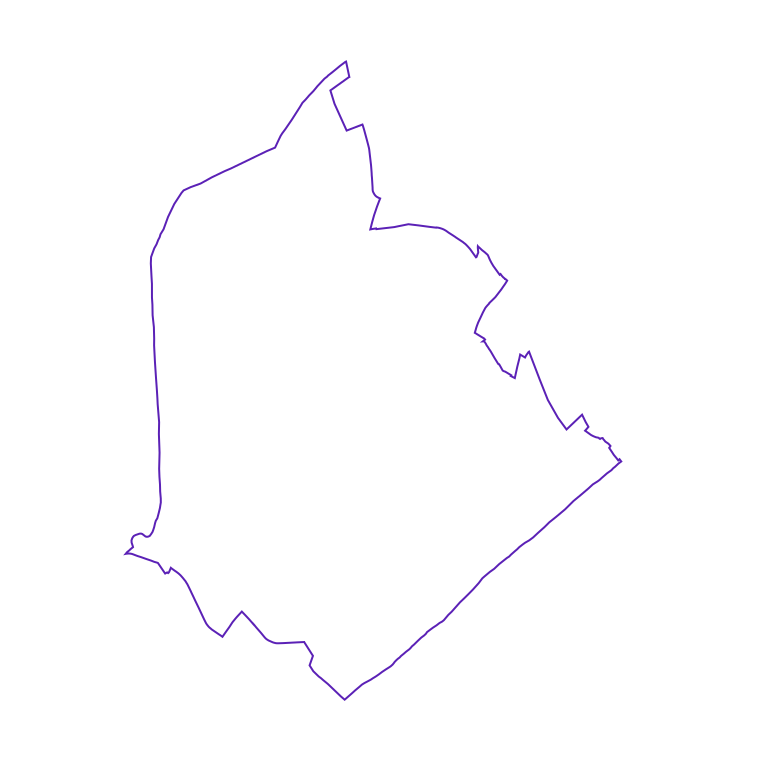 Khan Yunis, Gaza Strip, Palestine, rotated 185°
{"feature_id": "87354302B21422506618890", "entity_name": "Khan Yunis", "entity_type": "district", "adm_level": 2, "iso_a3": "PSE", "parent_name": "Palestine", "parent_adm1": "Gaza Strip", "projection": "robinson", "projection_center": [34.31, 31.33], "detail": "fine", "context": "isolated", "style": "outline", "palette": "violet", "viewbox_px": 768, "rotation_deg": 185, "n_neighbors": 0, "source": "geoboundaries", "source_scale": "gbopen_adm2", "svg_char_len": 6094}
<svg xmlns="http://www.w3.org/2000/svg" viewBox="0 0 768 768"><g transform="rotate(185 384 384)"><path d="M449.9,701.9L450.6,701.5L455.6,697.0L462.1,690.6L466.6,686.4L467.4,685.3L469.9,683.0L476.2,675.0L479.9,669.6L483.6,665.1L486.9,660.5L489.7,657.1L491.8,652.8L498.9,639.2L502.0,633.7L504.6,629.1L507.2,624.9L508.6,622.2L510.6,616.9L513.1,610.0L521.2,605.7L532.1,599.2L555.4,585.3L561.2,582.2L573.5,574.9L584.2,567.7L593.7,563.3L600.5,559.4L602.4,556.7L608.6,545.1L613.7,531.6L617.1,518.9L619.7,513.7L620.3,510.6L621.5,507.8L622.8,503.3L624.7,499.1L625.9,494.7L627.1,490.2L626.8,483.8L625.0,470.9L623.9,463.5L622.7,450.0L621.6,442.7L620.5,432.3L618.2,420.6L616.9,409.1L616.4,402.5L614.1,386.0L611.8,371.1L609.7,358.0L608.5,350.0L607.7,344.1L605.8,332.9L604.7,326.4L603.9,314.6L601.6,296.0L600.6,279.9L599.6,271.9L598.4,264.4L597.6,257.3L596.4,250.5L596.0,246.4L596.2,244.2L596.4,241.0L597.2,235.7L598.1,230.5L599.4,227.9L599.9,225.6L600.5,221.3L601.1,218.7L601.7,216.5L602.8,214.4L604.1,212.3L605.4,211.5L606.8,211.1L608.3,211.3L611.7,213.5L613.0,213.8L614.5,213.6L618.3,211.9L620.0,210.8L620.8,209.6L621.4,208.3L621.9,206.2L621.6,204.0L620.1,200.5L619.8,199.6L622.2,197.3L623.3,196.0L625.2,194.2L626.5,192.3L625.8,192.5L624.7,192.7L623.2,192.9L621.8,192.9L620.6,192.8L620.1,192.7L618.9,192.4L616.5,191.7L614.3,191.1L611.1,190.4L605.7,189.0L602.8,188.3L600.4,187.7L597.7,186.9L596.9,186.7L594.7,186.3L593.6,186.0L586.0,176.7L585.5,176.1L583.6,177.4L582.6,176.8L582.1,177.3L581.8,177.8L581.7,178.0L580.3,182.3L579.9,182.0L576.6,180.0L574.3,178.7L572.1,177.3L570.8,176.3L569.9,175.6L567.5,173.3L565.4,171.1L564.7,170.4L563.5,168.8L563.1,168.2L562.5,167.5L560.8,164.7L558.4,160.7L557.8,159.6L555.2,155.2L553.3,151.9L549.1,144.9L542.6,133.7L540.5,130.3L539.9,129.5L539.4,128.9L537.9,127.3L536.8,126.3L535.6,125.5L534.1,124.4L526.6,120.2L524.7,119.2L522.9,118.1L519.6,123.8L516.7,128.7L514.7,132.5L513.9,133.9L513.4,134.6L511.5,137.4L510.2,139.2L508.9,140.9L507.1,143.2L505.8,144.9L501.8,141.4L497.9,137.9L495.0,135.1L494.3,134.6L493.7,134.0L493.8,133.9L492.3,132.5L492.2,132.6L490.3,130.6L484.8,125.3L481.0,121.4L479.8,120.3L479.4,120.0L478.7,119.5L477.7,119.0L476.8,118.5L472.7,117.1L471.7,116.8L470.5,116.6L469.9,116.5L469.2,116.4L467.9,116.4L466.7,116.5L461.8,117.1L456.1,117.9L448.3,119.0L441.0,120.0L440.9,119.8L431.1,107.0L433.6,97.2L429.4,91.7L423.5,86.9L421.2,85.5L418.9,83.8L414.1,80.5L413.3,79.9L399.7,69.0L396.8,66.9L395.7,66.1L394.6,67.2L388.4,73.7L386.0,76.3L381.9,80.4L379.8,82.6L377.4,84.4L374.6,86.2L371.4,88.3L369.3,90.0L367.5,91.3L366.2,92.3L363.8,94.3L360.8,97.0L357.2,99.9L354.7,101.8L352.8,103.3L350.9,105.3L349.9,106.8L349.2,108.0L347.5,110.1L346.1,111.6L344.6,112.9L343.3,114.6L341.0,116.8L338.7,119.2L335.6,122.0L334.3,123.6L333.3,125.1L331.4,127.0L328.0,131.0L324.8,134.6L322.1,137.0L320.5,138.8L319.5,140.6L316.4,143.4L313.9,145.6L310.6,148.2L307.8,150.8L305.5,152.3L303.8,153.9L299.8,159.6L296.7,163.1L289.3,173.1L284.9,178.1L281.1,182.6L277.4,187.1L272.3,193.9L269.1,199.0L267.2,201.0L262.1,206.1L258.1,209.5L253.6,214.6L246.3,221.5L244.3,223.0L242.7,225.0L239.0,228.9L237.0,230.9L235.1,233.2L232.0,236.1L229.7,238.1L225.7,240.9L223.8,242.6L222.1,244.1L217.7,249.0L211.5,255.6L207.3,260.6L201.0,266.6L192.7,274.9L185.0,284.0L177.5,291.4L171.4,297.6L167.2,302.2L162.5,305.8L160.8,307.3L159.1,309.2L154.1,314.4L149.9,318.0L148.3,320.1L146.5,321.8L143.5,325.2L140.9,327.5L142.8,329.6L144.0,328.3L146.1,330.6L148.5,333.0L149.2,333.8L150.5,335.5L152.9,338.5L154.1,340.0L153.7,340.7L153.1,341.6L153.0,341.8L153.0,342.1L153.2,342.3L153.4,342.4L153.5,342.5L154.7,343.6L155.0,343.9L155.4,344.2L158.1,345.7L158.6,346.0L159.5,347.0L160.7,348.1L161.5,349.2L162.4,349.0L163.0,348.8L163.5,348.6L163.7,348.4L164.0,348.1L164.8,348.5L165.3,349.0L165.5,349.1L166.0,349.2L168.1,349.4L168.8,349.6L171.0,350.3L173.2,351.2L179.6,355.0L178.4,356.6L176.6,359.1L179.8,363.7L184.0,370.7L198.2,354.6L207.7,365.4L219.4,382.4L229.3,402.1L241.9,428.0L242.3,428.9L242.8,428.5L244.9,424.9L245.8,422.7L250.9,425.2L251.4,421.1L252.7,413.0L254.2,401.3L258.4,403.0L258.0,403.8L264.4,406.9L265.3,407.1L265.7,407.2L266.6,407.6L266.9,407.7L268.2,409.6L269.2,411.1L271.0,413.7L271.3,413.8L271.6,413.7L271.8,413.8L272.6,414.8L275.9,419.2L277.8,421.9L280.4,425.6L281.4,426.9L282.3,427.9L283.1,429.0L283.6,429.7L284.3,430.5L285.1,431.4L285.8,432.6L287.0,434.2L287.5,434.7L287.8,434.9L288.2,435.1L288.6,435.2L289.2,435.1L288.9,435.4L287.2,437.0L288.1,438.0L291.6,439.7L298.0,442.9L297.4,445.9L297.0,448.0L296.5,450.1L295.9,452.2L295.6,453.3L295.2,454.4L293.7,458.4L291.7,463.9L290.0,467.9L289.8,468.4L289.2,469.4L288.5,470.4L287.4,471.9L286.2,473.4L286.2,473.8L281.6,479.1L280.6,480.3L279.9,481.4L275.3,488.6L273.9,491.1L272.1,494.2L270.3,497.7L271.3,498.6L271.9,498.9L272.2,499.1L272.6,499.1L272.7,499.4L273.6,500.0L274.1,500.4L274.3,500.5L274.5,500.6L275.1,501.2L275.9,501.9L277.5,503.7L278.3,502.9L285.3,511.0L287.6,514.2L288.1,515.0L289.3,516.9L290.5,519.1L291.1,520.3L292.0,521.7L295.2,524.1L298.0,525.9L300.8,528.1L302.2,529.1L302.5,529.4L302.5,528.7L302.4,527.8L302.1,526.0L301.7,523.9L301.6,523.6L301.6,523.0L301.8,522.4L302.1,521.5L302.8,518.9L302.9,518.6L303.1,518.4L303.4,518.2L308.2,523.8L309.8,525.7L310.7,526.6L312.5,528.3L314.1,529.7L315.2,530.6L316.8,531.6L317.8,532.3L325.2,536.3L325.8,536.7L326.0,536.8L328.4,538.1L332.8,540.4L335.3,541.9L336.3,542.4L338.1,543.2L339.7,543.7L341.4,544.1L343.2,544.4L344.9,544.5L345.5,544.5L345.6,544.3L346.2,544.3L352.3,544.5L363.4,545.0L370.2,545.2L373.6,545.3L382.1,542.8L382.5,542.7L387.5,541.2L405.1,537.6L405.4,538.3L409.1,537.4L410.4,537.0L411.1,536.8L409.9,544.2L408.6,551.2L407.2,556.9L406.5,559.8L404.9,565.5L404.0,568.5L405.3,568.9L406.5,569.4L407.8,570.0L408.6,570.6L409.1,571.0L410.1,572.1L410.7,573.0L411.3,573.9L411.8,574.8L412.1,575.8L412.3,576.8L412.5,578.7L414.0,588.6L414.4,590.8L414.7,593.1L415.5,598.0L416.0,600.9L419.1,616.0L419.5,617.6L420.6,620.8L422.5,626.1L426.0,635.6L427.6,639.6L428.1,640.6L443.3,633.2L457.7,658.8L463.0,671.8L445.6,686.7L445.3,686.8L445.6,687.8L449.9,701.9Z" fill="none" stroke="#5b21b6" stroke-width="2"/></g></svg>